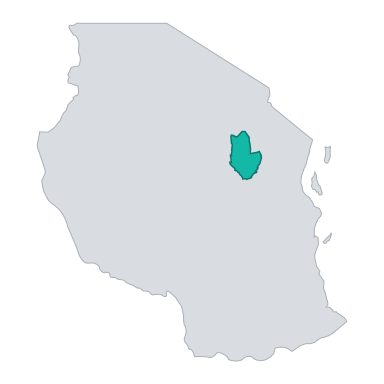 location of Kiteto, Manyara, United Republic of Tanzania
{"feature_id": "72390352B80776151350042", "entity_name": "Kiteto", "entity_type": "district", "adm_level": 2, "iso_a3": "TZA", "parent_name": "United Republic of Tanzania", "parent_adm1": "Manyara", "projection": "robinson", "projection_center": [36.709, -5.194], "detail": "fine", "context": "in_parent", "style": "filled", "palette": "teal", "viewbox_px": 384, "rotation_deg": 0, "n_neighbors": 0, "source": "geoboundaries", "source_scale": "gbopen_adm2", "svg_char_len": 7883}
<svg xmlns="http://www.w3.org/2000/svg" viewBox="0 0 384 384"><path d="M137.6,288.2L133.1,285.5L129.0,283.9L125.6,282.1L124.1,280.3L120.9,279.6L118.2,279.3L115.7,277.7L110.5,277.1L109.9,276.0L109.8,273.5L108.9,272.9L107.0,272.3L105.0,272.3L103.8,272.6L103.0,272.5L101.3,271.0L99.8,269.2L99.2,266.3L96.8,264.4L94.0,263.0L86.4,263.1L85.2,262.7L83.4,261.2L81.3,258.8L79.6,256.0L78.1,252.2L76.5,247.1L67.7,226.8L66.8,223.0L65.1,218.7L62.3,213.5L59.3,209.6L55.3,206.1L50.7,202.6L48.3,200.2L43.5,190.7L42.6,186.2L41.8,181.6L42.1,179.7L45.0,173.7L45.3,172.1L44.9,169.8L43.5,165.0L41.6,159.3L37.9,148.7L37.3,146.1L37.4,144.1L39.5,133.4L39.5,131.9L48.3,132.1L54.6,127.4L60.2,120.4L61.3,117.5L63.6,113.0L65.8,110.8L66.6,109.3L67.9,104.8L70.8,101.8L73.6,99.4L73.0,97.8L73.5,97.2L75.0,96.0L78.0,94.9L78.6,92.6L78.6,89.9L78.1,88.4L78.2,86.7L77.7,85.8L75.8,85.5L72.8,84.2L70.4,83.6L68.7,82.9L68.1,82.3L67.8,80.7L69.2,76.6L67.8,74.9L70.9,68.2L71.4,67.3L72.5,67.2L74.3,66.5L75.9,66.2L77.2,66.4L78.2,66.2L79.1,65.4L79.8,63.1L80.4,59.2L80.0,56.1L78.8,53.7L78.4,50.0L79.0,45.1L78.6,40.9L77.2,37.7L75.7,35.7L73.5,34.8L70.1,29.8L69.0,27.3L69.2,25.8L70.4,25.2L72.6,25.4L74.7,24.8L76.6,23.4L78.5,23.0L79.4,23.3L166.7,23.3L268.7,87.7L269.1,88.4L269.9,94.0L269.7,95.9L268.2,99.1L267.7,100.7L267.7,101.9L268.1,102.4L269.4,102.5L270.5,103.3L271.0,103.9L271.8,106.3L272.9,107.5L311.7,139.1L312.5,139.6L312.0,142.2L309.8,148.7L309.7,151.3L308.8,154.5L308.0,156.6L305.7,165.6L303.9,169.0L301.3,176.9L300.9,183.0L302.3,187.3L302.8,191.2L305.8,195.1L308.2,196.5L309.8,198.3L312.6,202.4L314.3,206.5L319.4,208.5L321.5,213.1L320.7,216.2L318.3,218.8L316.1,223.1L314.3,228.6L314.2,237.1L315.4,235.8L318.1,237.9L318.5,244.2L315.7,251.5L314.8,254.9L314.7,257.8L316.7,266.5L319.8,271.0L319.5,272.4L318.7,273.6L324.0,281.4L323.5,288.3L325.5,293.6L326.4,298.2L327.6,301.7L327.9,304.2L326.3,306.9L330.1,307.6L332.4,309.8L333.4,311.9L336.2,311.8L337.7,313.3L339.8,314.5L344.6,318.0L345.9,319.8L346.7,321.5L333.5,332.7L328.7,335.6L325.3,337.0L321.7,337.7L318.3,339.5L315.0,342.2L310.8,343.6L305.7,343.7L300.4,345.6L292.0,351.4L287.1,348.2L283.3,347.2L278.9,347.3L276.2,347.7L275.2,348.4L274.4,350.3L273.7,353.6L270.8,356.7L265.7,359.7L261.0,360.8L256.8,360.0L253.9,358.8L252.4,357.1L250.1,356.3L247.2,356.4L244.4,357.6L241.7,360.0L237.4,361.0L231.5,360.6L228.4,359.5L227.9,357.6L225.3,355.3L220.6,352.7L217.1,352.7L214.9,355.2L212.8,356.7L211.0,357.4L209.3,357.4L207.0,356.8L200.4,356.5L194.3,356.6L193.6,353.0L192.4,350.8L191.2,349.5L189.1,349.2L188.5,348.1L187.8,345.9L186.7,344.0L185.3,342.4L184.5,340.9L184.2,339.6L184.4,338.1L185.7,334.4L186.1,331.8L186.0,329.2L185.3,326.6L183.8,323.4L184.0,322.5L183.5,320.3L183.4,318.8L183.7,316.9L183.4,314.5L182.1,309.2L182.1,307.8L180.8,305.3L176.7,299.2L176.5,298.4L170.0,292.3L167.4,291.0L166.5,292.1L166.2,293.2L166.5,295.1L166.3,296.1L166.0,296.5L164.5,296.5L163.5,296.2L161.1,294.6L159.2,294.2L154.5,294.5L152.8,294.9L151.5,294.5L149.0,291.7L146.1,291.1L143.5,291.0L139.1,287.8L137.6,288.2ZM320.1,186.3L322.2,193.0L322.0,194.3L320.5,195.0L319.7,195.1L318.7,194.0L318.1,191.8L316.9,192.3L315.0,189.6L313.1,189.5L311.4,186.2L312.1,183.4L311.7,178.6L313.8,176.2L314.9,172.0L316.3,174.9L316.6,179.3L318.4,184.4L320.1,186.3ZM330.4,146.3L330.6,147.9L330.2,149.4L330.2,154.2L330.1,157.3L328.5,161.7L327.2,163.3L326.0,162.8L325.1,162.1L324.3,160.9L325.9,152.9L325.1,147.0L328.1,147.5L330.4,146.3ZM326.0,243.1L324.5,243.5L323.9,243.1L323.0,241.8L324.6,240.7L326.1,238.5L329.8,235.3L331.4,232.8L331.2,235.3L329.1,240.7L327.4,241.1L326.0,243.1Z" fill="#d9dde1" stroke="#a8b0b8" stroke-width="1"/><path d="M231.4,165.5L231.7,165.8L232.0,166.0L232.2,166.3L232.4,166.4L232.7,166.6L232.9,166.8L233.5,167.4L233.7,167.6L233.9,167.7L234.4,168.2L234.6,168.2L234.6,168.3L234.6,168.5L234.7,168.8L234.9,169.0L235.0,169.1L235.2,169.3L235.2,169.5L235.2,169.9L235.2,170.0L234.9,170.3L235.0,170.4L235.3,170.4L235.4,170.5L235.5,170.4L235.8,170.4L235.9,170.5L236.0,170.6L236.5,170.7L236.7,170.8L236.8,170.9L237.0,171.0L237.4,171.3L237.5,171.4L237.5,171.5L237.6,171.8L237.8,172.2L238.0,172.3L238.7,172.5L238.9,172.7L239.0,172.7L239.0,172.8L239.1,173.0L239.3,173.5L239.5,173.9L239.6,174.1L239.6,174.4L239.8,174.5L240.0,174.7L240.2,174.8L240.3,174.9L240.5,175.0L240.9,175.3L241.0,175.4L241.1,175.6L241.3,175.8L241.5,176.0L241.7,176.4L241.8,176.5L242.1,177.0L242.3,177.4L242.3,177.5L242.7,178.2L242.7,178.4L242.8,179.0L243.0,178.9L243.3,178.9L243.6,178.8L243.9,178.8L244.1,178.8L244.6,178.8L244.9,178.8L245.0,178.8L245.4,178.8L245.7,178.8L246.0,178.9L246.3,179.0L246.6,179.2L246.7,179.3L246.8,179.2L247.0,179.2L247.4,179.1L247.5,179.1L247.9,178.9L248.6,178.5L248.8,178.5L249.4,178.4L249.8,178.4L250.6,178.1L251.1,177.8L251.2,177.7L251.4,177.6L251.4,177.4L251.5,177.3L251.5,177.2L251.4,177.0L251.3,176.9L251.5,176.8L251.5,176.6L251.7,176.4L251.8,176.0L251.8,175.9L252.0,175.8L252.1,175.7L252.2,175.4L252.3,175.3L252.5,175.2L252.8,174.7L253.0,174.4L253.1,174.1L253.4,173.8L253.5,173.8L253.5,173.7L253.9,173.6L254.0,173.6L254.1,173.4L254.3,173.2L254.5,173.1L254.6,172.9L254.9,172.6L255.0,172.7L255.1,172.8L255.3,172.8L255.5,172.8L255.9,172.8L256.2,172.9L256.3,172.9L256.3,173.0L256.5,172.4L256.4,172.0L256.5,171.8L256.3,171.8L256.0,171.8L255.7,171.9L255.4,171.8L255.6,171.5L255.9,170.8L256.1,170.6L256.6,169.9L256.8,169.8L256.9,169.5L257.0,169.4L257.0,169.2L257.2,168.9L257.4,169.0L257.5,169.0L257.5,168.9L257.6,168.7L257.8,168.4L257.9,168.2L257.7,168.2L257.9,167.8L257.9,167.7L257.7,167.5L257.6,167.4L257.4,167.3L257.4,167.1L257.5,166.8L257.6,166.7L257.7,166.3L257.7,166.2L258.0,166.0L258.2,165.8L258.5,165.4L258.8,165.1L259.9,163.4L261.5,157.5L261.5,157.2L260.7,156.1L261.3,155.4L259.3,151.5L257.3,152.2L255.3,152.8L254.8,152.8L251.6,153.4L250.4,153.6L250.4,153.4L250.4,153.0L250.4,152.9L250.3,152.3L250.3,152.2L250.3,151.9L250.3,151.7L250.3,151.3L250.3,151.2L250.3,150.9L250.4,150.6L250.5,149.6L250.5,149.4L250.5,149.2L250.5,148.9L250.4,148.7L250.4,148.1L250.4,147.8L250.3,147.3L250.3,146.7L250.3,146.4L250.1,145.6L250.1,145.4L250.1,145.1L249.9,144.2L249.8,143.5L249.7,143.3L249.7,143.0L249.6,142.6L249.6,142.4L249.5,142.1L249.5,141.8L249.4,141.7L249.3,141.0L249.2,140.5L249.2,140.1L249.1,139.7L249.1,139.1L249.1,138.9L249.1,137.3L248.3,136.1L247.9,135.6L247.4,135.0L247.2,134.7L247.0,134.3L246.7,134.0L246.3,133.3L246.1,133.0L245.7,132.5L245.4,132.1L245.2,131.8L245.0,131.5L244.8,131.6L244.5,131.6L244.2,131.6L243.6,131.5L242.9,131.6L242.6,131.5L242.4,131.5L242.1,131.5L241.6,132.0L241.1,132.6L240.9,132.8L240.5,133.2L240.4,133.4L240.3,133.6L239.9,134.0L239.7,134.2L239.4,134.5L239.0,134.9L238.9,135.1L238.4,135.6L237.7,136.3L237.4,136.6L237.1,136.8L236.9,136.9L236.7,136.9L236.4,136.8L236.1,136.8L235.9,136.7L235.6,136.6L235.3,136.6L235.1,136.6L234.8,136.5L234.6,136.4L234.3,136.2L234.0,135.9L234.0,135.7L233.9,135.7L233.7,135.5L233.4,135.6L233.1,135.6L232.9,135.5L232.6,135.3L232.1,135.2L231.8,135.3L231.5,135.3L231.4,135.2L231.3,135.3L231.2,135.5L231.1,135.9L231.0,136.1L230.9,136.3L230.9,136.6L231.0,136.8L231.0,137.0L231.0,137.4L231.2,138.8L231.1,139.6L231.2,140.3L231.3,140.5L231.4,141.1L231.4,141.3L231.4,141.6L231.4,141.9L231.4,142.2L231.4,142.4L231.4,142.5L231.5,142.9L231.5,143.0L231.5,143.4L231.6,143.5L231.8,143.7L231.8,143.8L232.0,144.1L232.2,144.3L232.3,144.4L232.3,144.5L232.3,145.0L232.3,145.4L232.3,145.7L232.3,145.9L232.2,146.1L232.1,146.5L232.0,146.9L232.0,147.5L231.9,147.9L232.0,148.2L231.9,148.2L231.9,148.5L231.9,149.0L231.7,149.5L231.7,150.1L231.8,151.0L231.9,151.4L231.9,151.8L232.0,152.1L231.9,152.0L231.8,152.3L231.7,152.7L231.6,153.1L231.2,154.2L231.1,154.5L230.8,154.8L230.7,154.9L230.6,155.2L230.6,155.3L230.5,155.5L231.3,155.7L230.8,156.1L230.7,156.3L230.6,156.5L230.6,156.9L231.1,158.7L231.1,159.7L231.2,160.7L231.2,161.5L231.3,162.4L230.8,162.3L230.2,162.2L229.8,162.2L230.1,163.8L230.5,164.5L231.0,164.9L231.4,165.5Z" fill="#14b8a6" stroke="#0f766e" stroke-width="1.5"/></svg>